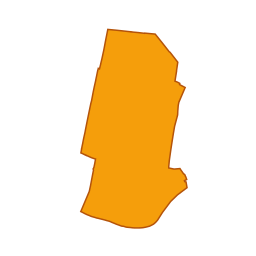 the district of Tichilesti, Braila, Romania, rotated 77°
{"feature_id": "2599482B652053603883", "entity_name": "Tichilesti", "entity_type": "district", "adm_level": 2, "iso_a3": "ROU", "parent_name": "Romania", "parent_adm1": "Braila", "projection": "natural_earth1", "projection_center": [27.899, 45.141], "detail": "medium", "context": "isolated", "style": "filled", "palette": "amber", "viewbox_px": 256, "rotation_deg": 77, "n_neighbors": 0, "source": "geoboundaries", "source_scale": "gbopen_adm2", "svg_char_len": 1859}
<svg xmlns="http://www.w3.org/2000/svg" viewBox="0 0 256 256"><g transform="rotate(77 128 128)"><path d="M198.8,192.8L200.4,190.8L201.4,189.7L202.2,188.7L203.3,187.3L204.5,185.5L205.8,183.8L206.7,182.2L207.5,180.7L208.2,179.5L208.6,178.9L209.2,177.5L210.1,175.8L211.1,173.8L212.2,171.7L212.8,170.6L213.4,169.6L214.1,168.2L214.6,167.3L215.4,166.1L216.2,165.1L218.0,162.5L218.9,161.3L220.5,158.8L222.1,156.4L222.9,154.2L224.0,152.4L224.5,151.2L225.5,148.1L226.3,145.9L227.0,143.5L228.0,139.0L228.5,135.8L228.6,132.8L228.5,129.0L227.9,126.5L227.4,124.7L226.2,122.4L224.5,120.0L217.9,113.3L209.2,103.0L204.3,94.9L199.4,83.9L193.6,83.6L193.0,84.8L192.0,84.9L191.4,82.4L188.5,82.7L188.0,82.9L187.7,83.0L187.1,83.0L186.5,83.1L186.1,83.3L185.7,83.5L185.3,84.1L180.4,86.1L179.2,86.5L179.0,88.0L178.4,92.3L176.1,97.3L174.8,97.0L168.8,95.0L158.4,91.0L150.4,87.8L143.7,85.1L136.8,82.2L126.4,76.7L122.4,75.6L121.2,75.2L118.0,74.2L116.9,73.8L114.9,72.9L114.4,72.7L101.4,63.2L97.3,68.0L96.2,67.5L94.5,69.4L92.9,71.7L83.3,67.8L83.0,67.8L75.1,64.7L63.7,70.0L63.0,70.7L57.4,73.3L46.9,78.3L42.6,80.4L39.3,90.4L39.5,90.5L37.3,96.6L35.1,103.3L35.0,103.2L34.2,105.6L31.3,113.9L30.3,116.8L27.4,125.5L37.6,130.1L46.3,133.9L54.8,137.9L59.2,140.1L59.3,140.1L64.0,142.5L63.2,143.5L64.2,144.0L65.0,144.5L68.5,146.1L75.5,149.3L80.5,151.7L85.1,153.8L86.9,154.6L89.2,155.6L93.1,157.3L95.0,158.3L95.3,158.5L105.5,163.2L114.5,167.3L120.3,169.9L122.4,170.8L128.7,173.8L132.8,175.6L135.8,177.0L137.0,177.5L137.9,178.0L138.0,177.9L140.5,179.0L141.7,179.5L141.9,179.2L142.7,178.1L143.8,176.8L144.4,176.1L145.1,175.2L144.9,175.2L146.1,173.7L147.2,172.3L148.7,170.3L150.4,167.6L150.9,166.6L153.0,167.5L154.9,168.3L158.6,170.0L159.4,170.6L159.9,171.1L160.6,171.2L161.3,171.1L164.6,172.6L169.6,174.8L176.0,177.6L181.1,180.0L198.8,192.8Z" fill="#f59e0b" stroke="#b45309" stroke-width="1.5"/></g></svg>